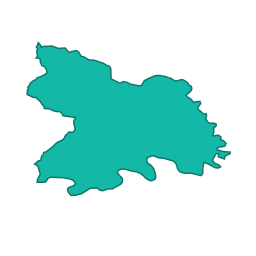 Assaí, Paraná, Brazil, rotated 277°
{"feature_id": "56859067B40510282315364", "entity_name": "Assaí", "entity_type": "district", "adm_level": 2, "iso_a3": "BRA", "parent_name": "Brazil", "parent_adm1": "Paraná", "projection": "equal_earth", "projection_center": [-50.881, -23.418], "detail": "fine", "context": "isolated", "style": "filled", "palette": "teal", "viewbox_px": 256, "rotation_deg": 277, "n_neighbors": 0, "source": "geoboundaries", "source_scale": "gbopen_adm2", "svg_char_len": 3266}
<svg xmlns="http://www.w3.org/2000/svg" viewBox="0 0 256 256"><g transform="rotate(277 128 128)"><path d="M197.1,27.2L195.8,28.8L193.6,28.0L190.7,28.7L188.4,29.4L186.2,28.3L186.6,31.1L185.1,32.6L182.7,33.0L179.5,34.9L178.7,38.0L175.4,40.2L172.9,40.8L171.4,39.6L169.6,36.9L168.4,35.2L166.8,31.7L165.0,30.9L163.1,27.9L160.5,25.4L158.5,25.0L156.3,23.6L154.5,24.3L153.0,23.6L148.9,23.8L148.0,26.9L146.8,30.2L147.2,32.5L145.7,34.6L144.0,37.2L142.0,39.0L140.5,40.3L139.0,42.5L137.2,42.4L137.3,45.1L137.5,47.5L136.1,51.5L135.6,54.6L135.9,58.5L133.9,61.2L132.3,61.8L132.0,74.7L128.7,73.4L126.0,73.7L123.5,74.7L120.3,75.7L117.9,74.7L116.8,72.9L116.9,70.0L115.4,69.0L113.9,67.6L112.1,66.5L110.4,66.2L107.8,64.1L106.4,61.6L104.6,59.0L102.6,57.4L101.0,56.1L98.4,53.8L96.7,51.9L94.2,49.5L93.4,47.3L91.6,47.2L89.5,45.8L87.5,45.5L85.3,45.4L84.1,42.6L82.4,41.3L80.7,39.7L80.0,42.0L78.3,43.6L74.1,45.4L72.4,46.4L70.4,46.2L66.0,44.4L63.1,44.4L64.1,52.4L66.5,54.0L68.3,54.6L69.7,57.3L70.0,60.3L70.2,63.6L70.8,69.4L70.4,76.1L69.6,79.2L68.3,81.3L66.4,82.5L64.3,81.4L61.5,76.0L59.6,75.5L57.1,76.4L54.2,79.6L54.8,83.8L55.8,86.5L57.1,89.8L59.4,92.8L63.3,97.5L64.2,101.2L64.5,104.8L62.8,107.9L62.7,110.7L65.2,115.9L65.6,119.9L68.8,124.0L70.0,126.0L72.1,128.4L73.9,128.9L76.0,128.9L77.9,128.0L79.5,125.7L81.1,124.0L83.0,122.9L84.6,123.4L86.1,125.7L86.8,128.7L86.5,132.3L85.8,136.1L85.5,142.1L84.5,145.7L82.0,149.9L80.7,151.2L79.7,153.0L78.7,155.3L78.5,157.6L80.4,161.1L82.5,161.5L84.7,161.1L87.9,159.8L90.3,158.8L93.7,155.5L95.2,152.3L97.3,150.6L99.0,150.5L100.8,151.0L102.7,153.9L103.6,157.0L102.6,160.3L102.1,162.8L102.3,167.3L101.6,171.4L100.8,177.0L99.2,179.3L97.0,180.9L93.9,182.0L90.9,184.6L89.9,190.0L90.6,194.2L90.9,196.5L90.4,199.8L90.0,203.4L89.7,206.1L91.4,207.5L93.1,207.6L96.9,207.1L98.6,207.1L100.4,207.4L103.2,207.4L102.0,212.1L100.4,216.2L99.2,219.4L99.2,222.3L100.7,224.7L102.3,222.9L103.8,217.8L106.1,215.8L108.5,216.5L110.1,217.5L111.9,217.7L113.5,218.9L113.5,221.2L110.4,221.2L109.7,224.5L109.0,227.5L111.2,227.5L112.8,228.7L114.6,232.1L116.5,232.4L116.4,228.8L116.2,226.3L116.6,222.8L117.1,219.5L119.0,219.1L120.3,220.9L121.5,226.1L124.8,227.2L127.1,224.1L127.6,221.3L130.4,221.4L132.0,218.4L131.1,215.9L130.6,212.8L132.7,213.4L134.5,213.7L136.1,213.3L138.4,213.0L140.7,215.2L142.6,215.1L143.2,213.0L143.0,210.8L142.7,207.7L144.0,206.1L145.8,204.7L147.6,203.9L149.4,204.5L151.7,203.9L150.9,201.2L152.4,199.5L153.9,197.5L154.8,195.2L156.6,194.7L158.9,195.8L161.0,197.2L163.1,196.2L162.5,193.0L161.4,189.8L164.3,187.1L165.8,183.5L167.9,181.4L170.1,183.9L171.6,185.1L173.0,186.3L175.1,186.5L177.0,185.8L177.9,183.4L179.7,182.2L181.2,179.9L182.7,176.4L182.1,174.0L181.1,171.9L180.3,168.7L182.2,165.4L183.0,161.6L183.6,158.8L184.0,153.0L183.6,150.0L182.8,147.7L180.0,142.9L177.0,138.4L172.3,136.5L171.2,134.8L171.8,125.3L173.3,120.9L173.5,117.6L171.4,114.6L174.7,105.2L184.5,103.7L186.8,102.4L187.8,98.8L189.4,95.3L189.8,92.1L190.9,88.1L191.1,85.2L190.8,82.3L191.1,80.1L192.9,76.4L193.6,72.5L196.6,70.5L198.6,67.8L197.9,65.6L197.2,63.0L195.9,60.6L197.4,58.1L199.7,56.2L199.2,52.6L198.6,50.6L198.7,48.0L199.5,45.0L200.2,42.3L199.4,39.4L199.1,36.3L198.5,33.7L197.4,31.8L199.2,31.3L201.8,28.6L199.2,28.0L197.1,27.2Z" fill="#14b8a6" stroke="#0f766e" stroke-width="1.5"/></g></svg>